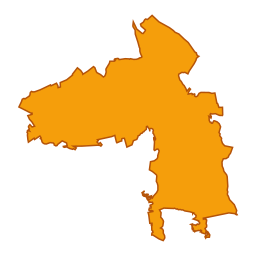 Suplac, Mures, Romania (orthographic projection)
{"feature_id": "2599482B50332129802710", "entity_name": "Suplac", "entity_type": "district", "adm_level": 2, "iso_a3": "ROU", "parent_name": "Romania", "parent_adm1": "Mures", "projection": "orthographic", "projection_center": [24.521, 46.387], "detail": "fine", "context": "isolated", "style": "filled", "palette": "amber", "viewbox_px": 256, "rotation_deg": 0, "n_neighbors": 0, "source": "geoboundaries", "source_scale": "gbopen_adm2", "svg_char_len": 5891}
<svg xmlns="http://www.w3.org/2000/svg" viewBox="0 0 256 256"><path d="M237.1,214.7L236.8,214.2L235.8,213.9L236.7,210.5L234.3,204.7L229.6,199.7L228.2,195.9L227.5,195.0L227.4,193.7L227.8,191.9L227.2,190.1L227.8,186.4L227.2,176.7L226.6,174.8L223.9,171.3L223.3,168.7L222.2,166.1L222.0,161.9L223.3,158.8L226.1,158.6L228.4,157.0L228.8,155.5L230.5,153.2L232.6,147.4L224.7,145.8L222.5,143.4L221.3,140.0L221.6,138.3L219.7,135.6L220.1,133.9L219.0,132.6L220.6,126.8L219.2,123.7L217.2,121.9L214.5,120.8L213.7,120.9L212.5,123.2L211.3,123.2L211.0,122.2L209.9,122.0L209.2,120.3L209.1,116.9L208.8,116.2L209.7,116.4L211.0,118.1L211.1,117.9L211.3,116.5L210.1,114.4L210.6,113.6L211.9,114.0L215.5,113.7L219.5,115.4L222.4,115.5L222.7,114.9L222.5,107.3L218.9,107.4L217.8,104.0L217.5,103.4L216.9,103.3L214.9,93.0L211.8,93.4L209.1,92.5L200.9,92.4L199.0,93.4L197.5,96.0L196.2,96.7L195.5,96.6L194.6,96.0L194.8,94.2L194.4,93.9L192.3,94.6L192.2,93.7L191.6,93.4L188.2,94.1L188.6,92.0L190.5,89.2L189.4,88.2L186.9,91.1L185.8,88.4L184.1,85.5L183.0,84.5L181.2,81.4L179.8,79.9L178.6,75.9L178.7,74.2L181.8,72.4L183.7,72.6L184.9,72.3L187.9,73.9L189.3,70.9L194.0,63.9L195.9,60.4L196.5,58.2L198.8,56.3L197.8,55.9L196.7,54.7L196.8,54.2L196.2,53.2L196.3,52.8L195.0,52.1L194.4,51.4L188.2,42.5L184.1,39.0L178.9,34.0L175.1,32.3L173.3,30.5L169.5,27.7L159.0,21.9L152.1,15.4L147.5,19.5L145.6,19.0L144.6,19.9L143.4,22.1L140.5,24.1L141.1,26.2L145.4,29.9L145.4,30.5L143.2,33.5L142.1,33.4L136.8,29.1L133.3,21.8L132.9,25.3L133.0,26.7L135.1,30.0L135.3,34.1L137.9,42.1L139.3,47.3L139.8,48.3L139.9,51.3L140.5,53.5L141.8,56.4L141.9,56.9L141.5,57.4L139.2,58.0L139.0,58.5L136.4,59.3L133.7,59.4L130.4,58.7L129.6,59.2L129.2,58.9L125.2,58.7L119.1,59.6L118.6,58.7L117.8,58.4L115.9,58.7L115.6,59.6L115.3,58.8L114.9,58.9L114.9,60.0L114.3,58.9L114.4,60.2L114.2,61.2L109.9,61.2L109.4,63.2L106.1,68.7L105.9,69.8L106.2,72.1L105.3,75.0L104.7,76.1L103.4,77.0L100.6,74.6L96.9,72.6L96.3,71.6L94.8,67.6L93.5,66.6L87.7,71.2L82.8,74.3L82.6,73.2L80.7,70.5L77.4,67.8L72.4,74.3L72.5,75.1L66.7,79.8L60.2,82.6L60.4,87.0L58.1,87.6L57.9,85.8L56.5,83.2L51.0,85.8L50.5,84.9L40.2,89.8L34.7,91.8L32.7,91.9L31.5,91.4L30.4,92.4L30.1,93.3L30.2,93.7L30.0,94.9L29.5,95.3L29.4,96.0L25.0,98.9L24.0,98.4L22.3,99.2L21.4,101.8L18.9,107.0L31.7,113.5L32.1,112.5L32.1,113.7L31.7,113.9L31.9,114.4L27.8,115.6L29.5,119.3L31.9,121.9L34.6,126.2L32.1,127.0L29.9,124.6L28.5,126.3L28.6,127.5L29.4,128.9L28.8,130.0L29.5,131.0L28.9,130.8L28.6,129.6L27.4,130.8L27.6,131.4L27.0,132.2L27.7,133.5L27.4,135.0L27.9,139.7L28.4,142.2L34.1,138.2L34.6,139.5L39.9,136.0L41.0,137.7L40.3,138.6L41.3,139.1L42.1,142.0L43.2,143.2L44.4,143.8L46.3,144.0L50.2,142.6L53.3,143.0L54.0,143.7L54.2,145.0L55.9,145.9L57.1,145.5L57.6,144.5L62.2,140.9L66.5,142.9L67.2,145.7L63.3,146.4L63.4,146.9L64.4,147.3L66.7,146.9L69.6,148.5L72.7,149.3L73.4,148.7L75.1,149.7L76.3,147.9L73.4,146.2L82.1,146.1L98.1,145.2L100.1,145.5L100.9,146.1L101.2,145.7L102.0,144.8L100.3,142.6L98.8,143.8L97.0,142.0L98.3,140.5L97.5,139.7L111.7,136.6L114.8,135.4L116.4,142.0L116.9,142.8L120.6,141.2L121.7,141.0L121.8,138.8L122.2,138.5L124.4,138.3L126.9,147.1L132.0,144.8L133.4,140.7L136.8,139.4L137.8,137.2L138.1,135.8L139.5,135.3L140.8,133.5L142.1,133.2L143.0,132.0L143.9,131.7L144.7,130.6L146.3,129.4L146.5,126.6L147.3,126.3L149.3,129.0L149.9,131.4L149.6,128.8L151.0,128.4L152.4,128.8L152.9,129.3L153.4,130.6L153.0,131.4L153.0,133.3L153.6,133.9L155.6,138.7L155.4,139.8L155.0,140.0L154.2,137.7L154.0,137.4L153.7,137.7L153.8,139.3L154.5,141.8L154.0,149.8L154.7,150.5L156.9,149.1L158.0,149.1L159.2,150.9L157.7,155.8L157.8,156.7L157.5,157.9L156.9,158.9L154.3,160.8L150.5,161.7L149.4,169.8L152.4,171.5L156.4,174.8L156.8,176.1L156.3,181.4L157.2,183.1L157.9,185.6L157.9,190.1L156.6,192.6L153.4,196.2L152.5,197.9L151.6,196.5L150.4,196.5L150.8,196.0L146.9,197.1L146.4,196.9L146.2,196.5L146.7,195.6L148.3,194.9L148.1,194.3L146.6,194.1L144.3,195.4L144.5,194.1L144.1,194.1L143.5,195.1L142.8,192.8L144.1,191.6L144.2,191.3L143.8,190.7L143.9,191.4L142.0,192.7L142.6,194.1L142.6,195.0L143.2,195.7L144.0,196.2L145.9,196.6L147.2,198.5L147.6,198.5L147.5,198.1L149.3,197.5L151.1,198.1L150.7,198.8L149.3,199.4L147.4,199.4L148.6,201.0L149.6,201.6L149.2,202.4L152.4,202.2L152.9,203.5L152.4,204.2L150.1,205.2L150.1,206.1L150.8,206.2L151.1,206.8L151.0,208.0L149.4,208.0L148.9,209.7L149.0,210.3L150.1,210.7L151.2,210.4L152.8,210.9L152.9,211.5L148.1,212.5L148.8,215.2L149.8,223.3L152.0,223.3L152.0,224.8L151.3,224.4L151.2,225.0L151.7,226.0L151.8,230.1L152.7,230.9L152.9,232.4L152.3,232.5L151.7,234.0L151.8,235.1L152.8,235.0L159.0,238.9L163.2,240.6L164.6,238.4L164.8,237.6L164.6,235.7L163.3,233.2L163.3,230.5L162.6,229.1L160.6,228.0L161.8,227.2L162.8,225.9L163.5,221.6L163.2,220.5L162.1,218.7L160.7,217.2L161.1,212.7L159.5,209.9L163.9,208.1L173.7,208.5L174.4,208.2L176.4,209.1L177.4,208.9L178.3,209.7L180.4,209.5L181.2,209.9L182.8,209.9L184.7,210.9L190.0,211.8L192.6,212.6L192.7,213.4L193.1,212.5L193.1,213.4L193.3,212.9L193.8,212.8L193.9,213.5L196.1,215.4L195.8,217.4L193.2,219.0L198.6,220.8L198.4,221.3L199.6,222.5L199.6,223.6L198.5,224.4L197.3,224.0L195.9,225.4L195.2,224.9L192.2,224.8L192.4,224.0L191.0,224.4L192.0,224.9L191.9,225.9L192.3,226.4L192.1,226.7L192.1,228.3L192.9,227.9L193.2,228.5L192.4,229.0L192.5,229.5L193.1,229.2L193.4,230.3L193.6,230.0L194.0,230.5L193.7,231.0L194.3,231.1L194.2,231.2L194.7,231.8L195.8,230.8L196.3,231.0L198.3,230.4L200.6,230.9L200.6,230.2L201.5,230.5L201.3,231.5L200.9,231.9L201.5,231.9L201.6,232.7L205.8,234.1L206.1,233.1L205.7,232.9L205.8,232.1L206.6,232.4L207.7,233.4L207.9,234.8L205.6,235.6L205.0,236.8L205.7,238.1L206.1,237.4L206.0,236.7L207.0,237.3L209.4,237.2L209.8,234.9L207.9,231.9L206.2,230.8L205.0,228.5L206.6,226.9L206.7,225.1L206.1,223.8L206.7,220.1L206.2,219.7L205.9,218.9L205.2,219.3L204.1,218.6L203.4,219.1L203.3,218.2L228.9,212.9L234.6,213.6L236.5,214.8L237.1,214.7Z" fill="#f59e0b" stroke="#b45309" stroke-width="1.5"/></svg>